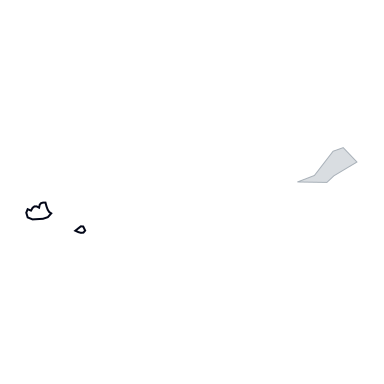 Manu's on a map of American Samoa (Equal Earth projection), rotated 175°
{"feature_id": "ASM-4999", "entity_name": "Manu's", "entity_type": "state/province", "adm_level": 1, "iso_a3": "ASM", "parent_name": "American Samoa", "parent_adm1": "", "projection": "equal_earth", "projection_center": [-169.541, -14.22], "detail": "fine", "context": "in_parent", "style": "outline", "palette": "ink", "viewbox_px": 384, "rotation_deg": 175, "n_neighbors": 0, "source": "natural_earth", "source_scale": "10m", "svg_char_len": 653}
<svg xmlns="http://www.w3.org/2000/svg" viewBox="0 0 384 384"><g transform="rotate(175 192 192)"><path d="M47.9,220.3L37.5,223.0L25.1,207.5L49.2,195.8L56.8,189.8L86.1,192.8L68.6,197.8L47.9,220.3Z" fill="#d9dde1" stroke="#a8b0b8" stroke-width="1"/><path d="M353.2,178.6L357.9,181.0L358.9,185.8L357.2,189.2L354.0,187.5L352.1,190.2L350.2,191.4L348.0,191.2L345.7,189.7L344.8,192.6L343.4,194.0L341.4,194.4L338.9,194.2L338.2,190.3L337.3,187.0L336.0,184.5L334.1,183.0L337.8,179.5L342.8,178.3L353.2,178.6ZM301.8,162.9L303.7,161.0L306.2,161.0L308.8,162.0L311.6,163.6L305.7,167.5L303.4,167.1L301.8,162.9Z" fill="none" stroke="#020617" stroke-width="2"/></g></svg>